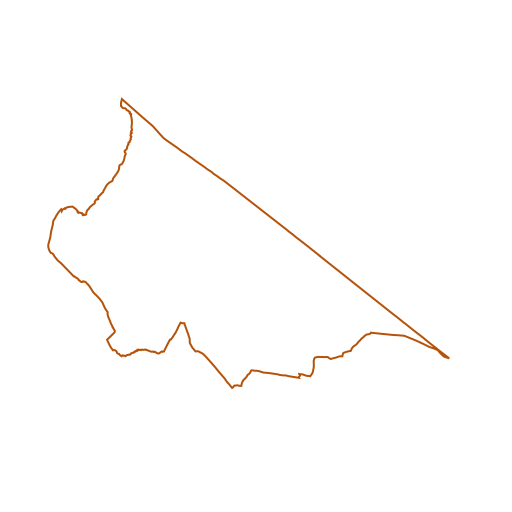 Longido, Arusha, United Republic of Tanzania, rotated 9°
{"feature_id": "72390352B95731720096997", "entity_name": "Longido", "entity_type": "district", "adm_level": 2, "iso_a3": "TZA", "parent_name": "United Republic of Tanzania", "parent_adm1": "Arusha", "projection": "orthographic", "projection_center": [36.6, -2.642], "detail": "fine", "context": "isolated", "style": "outline", "palette": "amber", "viewbox_px": 512, "rotation_deg": 9, "n_neighbors": 0, "source": "geoboundaries", "source_scale": "gbopen_adm2", "svg_char_len": 5963}
<svg xmlns="http://www.w3.org/2000/svg" viewBox="0 0 512 512"><g transform="rotate(9 256 256)"><path d="M317.5,369.6L317.2,369.2L317.2,368.9L318.2,367.3L318.2,366.8L318.1,366.7L317.3,366.0L317.2,365.8L317.3,365.8L320.7,365.7L321.6,365.8L323.0,366.2L325.5,366.4L326.9,366.2L328.4,366.3L330.0,362.9L330.2,362.0L330.4,359.7L330.4,356.1L329.4,350.5L329.6,348.4L330.1,347.2L332.2,346.2L333.3,345.9L336.9,345.5L337.6,345.3L338.9,345.3L339.8,345.1L340.4,344.9L342.2,344.6L342.9,344.7L344.8,345.7L345.6,346.0L346.8,345.7L347.9,345.0L349.5,344.4L351.3,343.6L354.0,342.1L357.0,341.5L357.0,340.0L357.3,338.6L357.5,338.0L361.0,336.2L362.7,335.5L364.2,335.0L364.6,334.7L365.0,332.6L366.1,330.5L366.5,330.0L368.5,328.2L369.1,327.4L370.2,325.7L370.5,324.9L372.0,323.0L373.5,320.6L374.7,319.5L375.6,318.1L377.7,316.1L378.8,315.9L380.6,315.1L381.2,314.6L381.4,313.8L399.7,312.8L405.5,312.4L408.0,312.1L414.9,311.6L425.3,314.0L431.9,315.7L432.0,315.9L434.5,316.5L441.3,318.7L443.9,319.1L448.0,319.9L450.3,320.6L453.5,323.3L457.3,325.9L462.9,326.9L451.4,320.6L447.5,318.3L445.9,317.5L435.8,311.8L434.7,311.0L422.4,304.3L414.6,299.8L412.6,298.8L406.6,295.3L398.4,290.8L318.6,245.8L318.7,245.7L302.0,236.3L292.6,231.2L288.4,228.7L284.6,226.7L283.0,225.7L212.9,186.9L208.4,184.9L205.4,183.3L201.6,181.6L198.9,179.9L193.9,177.7L191.6,176.4L186.9,174.1L185.4,173.5L183.9,172.6L182.3,172.0L177.1,169.2L169.6,165.5L167.0,164.5L161.1,161.3L152.1,157.0L146.6,154.2L142.1,150.7L133.8,143.9L121.7,136.4L99.0,122.0L98.7,126.4L99.2,128.3L99.1,128.9L100.1,129.8L101.3,130.7L101.8,130.8L103.3,130.6L103.8,130.6L104.4,131.0L105.6,132.2L107.0,132.4L107.4,132.9L108.9,133.5L109.1,134.1L108.8,134.6L108.9,134.9L109.2,135.1L110.2,135.2L110.5,135.4L110.3,136.5L111.1,138.1L111.4,139.3L112.0,140.6L112.1,141.5L112.6,143.4L112.9,148.4L113.2,149.3L113.8,150.6L113.8,151.2L113.4,151.6L113.1,152.2L113.2,152.8L113.6,153.4L114.0,153.5L114.0,154.2L113.8,154.4L113.6,154.1L113.1,154.5L113.1,154.9L113.3,156.0L113.2,156.6L113.2,156.8L114.1,157.3L114.3,157.6L114.3,157.8L113.8,158.7L113.7,159.3L114.2,160.4L113.2,162.4L113.2,162.7L113.4,163.1L113.1,163.5L112.7,163.7L112.2,164.3L112.6,165.5L112.2,166.2L112.2,166.7L111.7,167.7L111.7,169.4L111.6,170.3L110.9,171.5L110.1,172.4L109.8,172.9L110.4,174.3L111.1,174.9L111.3,175.3L111.3,175.9L110.7,178.4L110.8,179.4L110.4,182.8L109.2,186.1L107.6,187.2L107.2,187.6L107.0,188.1L106.9,188.7L107.1,191.3L106.8,193.0L106.2,194.9L102.7,201.9L102.5,203.9L102.1,204.6L100.2,206.0L98.9,207.3L98.3,208.1L97.4,209.5L95.2,215.4L95.2,216.2L94.9,217.0L93.8,218.2L93.5,218.8L92.2,220.6L91.2,221.7L90.9,222.6L91.3,224.3L91.3,224.6L91.0,224.8L90.2,224.7L89.7,224.9L89.3,225.5L88.7,226.5L88.3,227.5L88.5,229.1L85.9,231.8L85.7,232.0L85.1,232.8L84.5,233.4L83.9,234.4L83.9,234.7L83.4,235.8L82.5,236.6L81.8,238.6L81.7,240.3L81.7,241.3L81.6,241.6L81.1,242.0L79.2,242.6L79.2,242.3L79.1,242.0L78.9,242.0L78.7,242.0L78.5,241.8L78.3,242.2L78.2,242.3L78.1,242.2L78.2,241.4L77.7,241.0L77.2,241.0L76.1,240.8L75.6,240.8L75.1,240.7L74.0,241.1L73.7,241.2L73.3,240.8L73.6,240.3L73.4,240.0L73.1,239.9L72.9,240.1L72.7,240.1L72.4,239.2L72.1,238.9L70.8,237.9L69.6,237.2L68.0,236.4L67.5,236.0L66.5,236.0L65.3,236.4L64.0,236.6L62.9,237.1L62.4,237.2L61.8,237.5L60.6,238.5L60.3,239.2L60.1,239.3L59.7,238.8L57.8,240.4L57.4,241.0L57.1,242.0L57.0,241.8L56.8,240.8L56.6,240.4L56.3,240.2L54.0,243.9L52.4,247.5L51.5,250.4L50.7,251.9L50.5,252.4L50.3,253.3L50.4,256.6L49.8,264.2L49.9,269.8L49.1,276.8L49.2,278.5L49.3,279.1L50.2,281.4L51.5,283.6L52.7,284.9L54.4,285.3L54.8,285.5L56.2,286.7L56.6,287.4L57.5,288.4L61.0,291.5L64.8,293.8L79.0,304.5L79.4,304.7L79.8,304.5L80.9,305.2L83.6,306.3L84.1,306.6L84.8,307.7L85.7,307.9L86.4,308.5L87.6,309.0L88.2,309.0L88.7,308.7L89.0,308.1L89.4,308.1L90.1,308.3L90.5,308.1L91.3,308.2L92.1,308.5L93.3,309.7L94.2,310.1L96.4,312.2L97.5,313.4L98.5,314.5L99.7,315.9L101.2,317.5L102.2,318.3L104.6,319.9L108.2,322.7L111.6,326.0L114.8,330.9L116.1,332.4L118.2,334.6L118.5,336.7L119.4,339.0L122.1,343.2L123.2,345.3L126.5,349.8L126.4,349.8L127.9,351.5L128.3,352.1L128.3,353.0L128.0,353.9L126.6,355.8L122.0,362.0L125.2,366.8L127.3,369.4L129.5,371.5L129.9,371.1L130.4,371.2L131.3,371.1L131.9,371.3L132.8,371.8L133.6,372.6L133.8,373.4L134.0,373.7L135.6,374.2L136.0,374.1L137.4,375.4L138.6,375.8L138.9,376.0L139.3,375.3L140.0,374.9L140.7,375.2L142.1,375.1L142.7,375.4L144.1,374.0L145.0,373.8L145.4,373.5L146.0,373.4L146.6,373.1L147.1,373.1L147.4,372.8L147.4,372.5L147.7,372.3L147.8,371.8L148.8,371.1L150.1,370.7L150.6,370.0L150.9,370.1L151.2,369.7L151.3,369.2L151.5,369.2L151.9,368.9L152.0,369.0L152.3,368.7L152.4,368.8L152.5,368.7L152.4,368.5L152.6,368.4L153.1,368.4L153.2,368.1L153.7,368.0L153.9,367.9L153.7,367.3L153.9,367.3L154.4,367.5L154.5,367.4L154.4,366.9L154.6,366.8L155.1,367.0L155.3,366.9L155.9,367.0L156.7,366.7L157.3,366.9L157.5,366.6L157.8,366.6L158.2,366.3L159.6,366.3L161.4,365.6L162.0,365.7L162.2,366.0L162.9,365.9L163.8,366.2L165.0,366.4L165.8,366.6L167.6,366.9L169.2,366.5L169.6,366.8L170.3,366.7L170.9,366.4L171.7,366.6L172.2,367.0L173.3,367.4L175.1,367.6L176.4,366.5L177.4,365.4L178.0,365.0L178.6,365.3L178.9,365.0L179.7,364.7L180.0,364.7L182.3,357.3L184.1,352.1L185.0,351.9L185.8,350.2L186.0,350.0L188.6,344.2L190.0,339.8L190.2,338.6L191.9,333.6L194.0,333.9L195.8,333.6L196.0,334.3L201.6,344.5L203.4,348.1L204.2,352.2L207.3,356.3L211.2,359.7L213.6,359.1L218.5,360.7L221.5,362.7L228.1,368.1L232.9,372.1L237.2,376.0L244.8,382.4L245.2,383.1L245.9,383.6L247.2,385.1L249.2,386.6L253.0,390.0L254.0,389.1L254.6,387.8L255.1,387.3L256.3,387.1L257.2,386.8L258.0,386.6L258.6,386.6L259.1,386.8L260.1,386.8L261.8,386.6L261.8,385.6L262.0,383.3L262.3,382.4L262.6,381.8L262.6,381.1L265.4,377.2L266.4,374.6L267.4,373.8L268.6,372.0L268.9,370.4L269.2,369.8L270.2,369.5L273.2,369.5L274.5,369.2L277.7,369.3L278.8,369.6L280.3,369.7L281.1,370.0L286.5,369.6L290.6,369.5L296.5,369.5L298.3,369.8L302.0,369.6L304.0,369.3L307.6,369.6L317.5,369.6Z" fill="none" stroke="#b45309" stroke-width="2"/></g></svg>